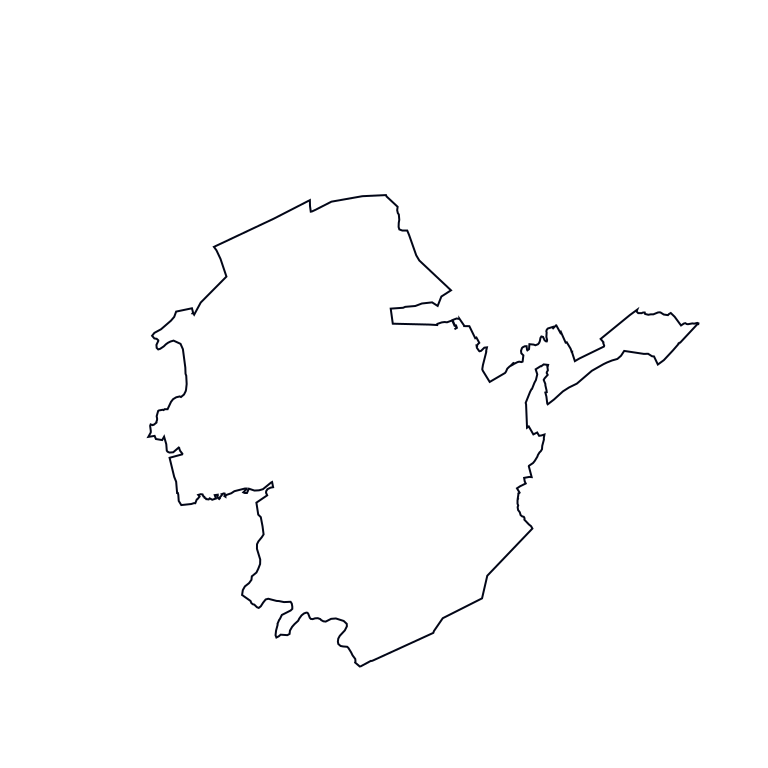 Jojutla, Morelos, Mexico (Robinson projection), rotated 43°
{"feature_id": "50627088B48455449727603", "entity_name": "Jojutla", "entity_type": "district", "adm_level": 2, "iso_a3": "MEX", "parent_name": "Mexico", "parent_adm1": "Morelos", "projection": "robinson", "projection_center": [-99.217, 18.6], "detail": "fine", "context": "isolated", "style": "outline", "palette": "ink", "viewbox_px": 768, "rotation_deg": 43, "n_neighbors": 0, "source": "geoboundaries", "source_scale": "gbopen_adm2", "svg_char_len": 6165}
<svg xmlns="http://www.w3.org/2000/svg" viewBox="0 0 768 768"><g transform="rotate(43 384 384)"><path d="M571.0,183.0L572.4,175.7L572.4,162.6L572.1,153.9L571.7,153.6L571.9,152.4L572.4,151.8L572.4,126.4L573.0,125.9L572.6,125.2L571.5,125.6L569.7,128.3L568.2,129.4L565.5,133.0L564.5,133.7L562.9,134.0L562.1,135.2L561.3,138.6L550.7,136.6L545.3,136.5L544.7,138.6L544.7,140.0L541.2,142.4L537.4,143.1L536.6,143.7L535.6,144.8L533.5,149.3L531.6,151.1L530.1,153.1L527.2,154.7L525.9,153.9L524.7,155.1L524.0,156.6L521.6,158.8L519.2,158.7L518.5,156.9L516.8,165.9L511.7,203.3L516.0,203.8L516.2,204.4L518.9,205.8L519.3,206.6L509.5,232.1L508.0,237.1L500.1,232.7L499.6,232.1L499.3,232.5L496.4,230.9L489.4,228.9L489.4,229.2L488.7,229.9L477.9,225.3L478.1,226.3L470.0,223.6L469.8,223.8L469.7,227.9L468.9,227.8L468.5,227.2L466.0,231.6L466.0,233.2L466.7,234.7L467.8,235.4L470.7,238.9L473.3,240.6L474.0,241.8L473.5,242.3L471.7,242.5L468.2,241.1L466.7,241.9L467.0,243.6L468.7,246.3L469.4,248.1L469.5,249.9L468.3,252.4L466.6,253.1L463.2,255.7L466.3,259.6L465.9,261.6L465.2,261.4L462.5,259.1L461.2,260.4L460.4,262.6L460.4,263.7L461.6,266.3L463.5,267.9L466.4,268.0L470.1,273.1L469.6,274.2L467.6,275.5L466.7,277.0L465.5,280.3L465.3,280.0L464.3,280.4L464.2,283.1L464.7,283.0L463.9,285.4L463.7,288.7L464.8,291.8L465.0,293.4L459.9,310.4L447.2,306.9L445.8,306.2L443.5,302.8L436.8,290.6L436.3,290.4L434.3,287.0L432.6,289.0L432.4,293.5L431.6,294.9L431.1,295.0L427.3,294.2L425.5,292.8L426.0,292.5L425.5,291.9L425.6,288.9L419.9,287.0L419.5,288.3L407.0,283.5L403.1,287.0L402.6,286.6L394.6,284.8L394.8,285.0L392.4,286.6L390.5,290.5L395.7,292.8L396.7,292.0L399.0,293.2L398.2,295.9L398.8,293.6L396.8,292.5L395.9,293.3L390.5,291.0L388.0,295.9L386.0,297.4L384.2,299.6L382.0,303.7L382.7,304.6L377.0,309.3L349.3,333.9L337.5,324.3L346.0,315.2L346.9,313.1L353.7,305.6L356.8,299.3L363.5,291.5L370.0,290.3L366.3,280.9L369.1,269.8L325.6,269.6L319.8,267.9L300.7,257.9L296.3,255.9L292.7,259.3L289.8,260.5L287.6,259.2L284.9,256.1L283.2,253.5L279.2,249.9L277.6,249.6L275.1,247.9L273.1,245.1L257.9,245.1L256.6,244.5L240.1,261.4L221.2,286.5L215.0,303.6L213.6,307.0L212.9,307.9L208.5,304.3L204.4,300.1L190.7,338.1L166.1,399.7L170.3,400.5L179.1,404.0L195.5,412.9L194.4,449.4L197.9,462.8L196.5,462.4L195.8,462.9L195.7,462.0L191.9,459.6L182.6,472.8L184.8,478.0L185.0,483.0L183.6,496.0L181.2,503.2L181.5,506.9L185.0,507.3L186.9,506.0L189.1,506.0L189.5,506.3L190.9,510.6L193.1,512.6L195.3,512.7L196.3,510.9L197.3,506.6L197.4,503.8L197.9,501.2L198.9,498.5L200.5,495.8L207.8,493.4L213.2,495.7L227.5,507.5L231.9,511.9L233.7,512.8L239.7,518.6L243.2,523.3L243.9,524.6L244.9,528.1L244.4,532.0L243.1,532.4L241.1,535.4L240.1,538.9L240.4,542.3L242.9,550.0L240.7,552.1L240.6,553.4L239.7,553.8L237.4,556.9L237.2,557.7L239.7,562.6L241.6,564.0L242.5,565.0L243.5,567.2L243.9,567.4L243.4,571.0L242.9,571.3L242.7,572.0L240.9,572.7L241.5,574.1L245.6,577.5L246.5,578.6L247.7,583.4L251.6,578.4L254.7,579.8L260.0,576.3L259.1,572.5L265.8,576.5L270.6,580.9L271.9,581.1L273.8,580.5L276.4,577.7L277.3,569.6L277.5,570.4L280.4,571.9L284.1,572.5L284.4,573.1L277.5,584.2L293.9,595.0L298.6,597.2L307.0,604.8L307.5,604.3L309.0,605.2L313.6,609.5L318.3,610.8L324.9,603.2L326.3,600.7L327.3,599.9L325.8,596.1L326.1,595.4L325.9,592.1L323.8,591.8L325.1,589.6L326.6,588.5L328.6,589.4L329.5,589.0L330.3,589.6L332.3,589.1L332.6,589.4L334.5,588.0L334.5,586.5L337.3,585.8L339.2,582.4L336.0,580.7L337.7,578.6L337.9,579.0L338.4,578.8L338.8,579.8L340.2,580.6L341.9,580.5L341.9,579.4L341.3,579.1L341.2,576.0L341.0,575.4L340.4,575.3L341.5,573.2L342.2,572.8L343.5,574.1L343.7,574.8L344.9,574.6L344.3,574.0L344.5,572.4L346.8,568.1L347.7,564.4L353.5,555.4L354.8,554.2L355.1,554.7L355.0,559.2L356.3,558.8L358.1,557.2L356.6,552.7L361.9,550.3L365.1,547.0L367.2,543.5L368.6,533.2L369.0,532.0L373.3,535.1L371.7,537.2L370.5,540.4L370.9,542.7L371.9,544.0L374.5,545.1L371.6,557.8L381.1,565.3L384.7,565.4L392.2,570.9L398.5,576.1L399.1,579.3L399.5,584.8L400.4,587.8L403.5,591.2L413.2,596.8L416.2,600.2L418.1,605.0L419.3,608.9L418.5,614.8L420.6,617.6L421.1,621.7L420.3,626.9L421.3,631.0L424.1,635.1L434.3,633.7L436.5,634.7L438.4,634.5L439.6,633.8L443.3,633.9L445.1,633.2L445.5,630.6L444.7,626.3L444.4,622.3L445.8,620.0L453.4,615.9L455.2,614.4L459.6,611.7L464.2,607.0L466.3,607.5L468.7,609.3L470.3,611.0L470.2,613.3L466.8,622.6L468.1,626.8L468.2,628.0L469.7,632.1L470.4,632.6L473.2,637.9L476.0,641.7L478.2,642.8L479.1,640.3L479.4,637.8L484.6,633.6L485.4,631.2L483.4,628.5L482.4,624.2L482.3,620.6L482.7,615.7L482.0,613.4L481.5,609.4L482.0,606.3L483.1,604.2L484.1,603.5L485.5,603.8L489.2,605.6L490.7,605.7L492.2,604.6L493.4,602.4L495.3,600.4L497.7,599.4L499.1,599.5L501.5,598.9L503.4,597.5L505.5,591.8L508.7,588.3L516.1,584.8L520.3,584.8L522.1,586.5L523.4,590.9L523.4,598.3L524.2,601.4L526.0,603.9L527.9,605.3L530.9,605.2L533.0,603.9L536.3,601.3L537.9,601.3L543.0,602.7L546.1,603.9L550.5,604.7L552.3,606.3L552.8,607.4L559.6,607.1L559.3,607.0L563.2,595.5L563.9,594.9L564.6,593.5L589.8,532.4L589.0,530.6L586.7,515.2L601.9,473.9L590.3,453.8L591.1,388.5L588.6,387.7L585.6,387.9L579.2,387.5L578.3,386.3L576.8,385.8L575.3,386.6L573.3,386.7L570.8,385.2L568.0,384.7L565.7,382.9L565.0,381.3L563.3,380.5L560.9,377.9L560.4,376.7L560.1,376.8L557.8,373.4L556.9,372.4L557.3,371.7L557.3,371.0L552.4,369.6L553.3,365.9L555.5,360.1L553.4,359.3L550.5,357.1L553.6,352.9L555.5,351.4L546.0,345.4L545.8,344.9L546.9,340.1L546.7,337.4L545.7,332.5L545.0,331.0L544.4,328.0L544.5,326.2L544.0,323.9L541.9,321.3L538.8,315.5L537.7,314.5L535.8,311.5L534.4,314.0L532.8,316.1L529.1,315.0L527.6,319.0L518.8,316.3L518.4,318.4L501.7,301.9L500.5,301.2L496.2,290.1L495.4,287.2L495.6,286.7L493.1,280.3L492.4,277.5L489.5,272.4L484.9,269.8L486.4,264.1L486.9,263.8L487.4,260.8L491.0,258.1L491.7,259.4L491.4,259.7L494.5,262.2L495.0,264.3L495.5,265.0L497.5,265.7L497.6,270.4L498.0,272.1L501.9,273.9L502.9,274.9L507.2,277.8L508.6,279.0L507.8,280.2L511.3,282.4L516.8,287.0L517.6,287.2L518.9,279.4L519.9,267.3L521.7,260.3L524.8,252.2L527.0,232.6L531.0,219.8L532.4,216.2L534.7,211.3L537.6,206.5L538.1,201.7L537.1,196.0L553.6,184.7L556.5,181.8L561.1,180.9L562.7,179.7L571.0,183.0Z" fill="none" stroke="#020617" stroke-width="2"/></g></svg>